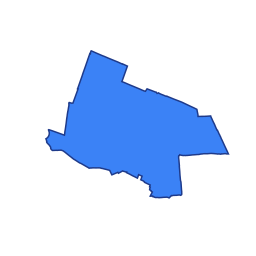 the district of Cuza Voda, Constanta, Romania, rotated 58°
{"feature_id": "2599482B95027608371455", "entity_name": "Cuza Voda", "entity_type": "district", "adm_level": 2, "iso_a3": "ROU", "parent_name": "Romania", "parent_adm1": "Constanta", "projection": "equal_earth", "projection_center": [28.324, 44.307], "detail": "fine", "context": "isolated", "style": "filled", "palette": "blue", "viewbox_px": 256, "rotation_deg": 58, "n_neighbors": 0, "source": "geoboundaries", "source_scale": "gbopen_adm2", "svg_char_len": 4502}
<svg xmlns="http://www.w3.org/2000/svg" viewBox="0 0 256 256"><g transform="rotate(58 128 128)"><path d="M203.2,56.6L200.3,56.2L194.4,55.5L191.3,55.1L188.3,54.7L188.2,54.7L187.2,54.6L186.9,54.6L185.1,54.3L184.6,54.2L183.3,54.1L182.0,53.9L181.2,53.9L180.4,53.8L179.4,53.6L178.3,53.5L177.2,53.3L176.8,53.7L176.5,53.6L174.3,53.3L172.4,53.0L170.7,52.7L169.7,52.6L168.4,52.5L166.7,52.3L164.6,52.0L162.7,51.8L161.6,51.5L159.2,56.0L155.3,62.5L154.3,61.9L154.1,61.8L152.9,61.3L150.7,60.5L148.7,59.7L148.3,59.9L147.4,60.5L146.7,60.9L146.2,61.2L143.0,63.3L136.6,67.4L136.2,67.6L135.4,68.2L134.5,68.7L134.3,68.9L131.6,70.9L127.5,74.0L124.4,76.2L122.8,77.4L121.5,78.2L121.4,78.3L121.4,78.8L121.0,79.1L118.7,80.7L117.4,81.7L116.1,82.6L115.1,83.2L114.7,83.4L114.6,83.5L114.4,83.5L114.2,84.6L114.1,85.0L113.5,85.0L112.4,85.2L112.4,85.4L108.4,88.4L104.9,91.1L106.1,93.8L105.2,94.6L103.4,95.9L100.6,97.8L94.4,102.2L94.3,102.3L92.6,103.5L90.6,104.9L87.7,106.9L85.8,108.3L85.4,108.6L85.3,108.4L80.2,102.0L75.2,95.7L71.0,98.5L70.7,98.7L70.8,98.9L66.6,101.7L61.2,105.6L58.7,107.4L54.8,110.1L53.1,111.4L47.9,115.0L43.9,117.7L43.4,118.1L43.1,118.3L43.1,118.6L44.3,120.0L44.6,120.2L45.0,120.4L45.2,120.6L45.0,120.8L44.7,121.0L45.3,121.7L46.2,122.8L46.7,123.5L47.5,124.4L47.9,125.0L48.0,125.1L48.2,125.3L48.3,125.5L48.5,125.7L48.7,125.9L48.7,126.0L49.1,126.4L50.4,128.0L50.7,128.4L52.9,131.1L54.8,133.5L57.1,136.4L58.0,137.5L58.9,138.6L59.2,138.9L67.9,149.8L68.0,150.0L68.4,149.6L69.0,150.4L74.4,157.3L77.7,161.5L77.1,162.6L76.2,163.5L75.3,164.2L75.2,164.5L75.4,164.7L75.6,165.0L76.3,165.4L77.0,165.8L77.6,166.2L79.0,167.5L81.3,169.5L81.7,169.9L82.3,170.5L84.6,172.5L85.5,173.2L87.8,175.2L91.2,177.9L95.8,181.8L97.6,183.4L99.6,185.0L100.2,185.5L100.4,185.7L99.8,186.2L97.6,187.9L95.3,189.7L90.0,193.9L87.6,195.9L87.4,196.1L87.4,196.4L87.6,196.5L88.0,196.6L88.5,196.7L89.0,196.8L89.5,197.0L90.0,197.1L90.7,197.5L91.5,198.1L92.2,198.8L92.6,199.4L93.1,200.1L93.3,200.9L93.5,201.4L93.6,202.1L93.7,203.0L93.7,203.4L94.2,203.4L95.9,203.9L96.3,203.9L96.5,204.2L96.7,204.4L97.2,204.5L97.7,204.5L99.3,204.2L100.3,204.0L100.9,203.8L101.7,203.9L102.1,203.7L103.3,203.8L104.2,204.3L104.6,204.4L105.5,204.5L107.0,204.0L108.7,201.0L108.9,200.6L109.4,200.0L110.2,198.4L111.2,196.7L111.4,196.4L112.4,195.6L112.9,195.2L113.5,194.9L114.4,194.6L115.0,194.3L115.4,194.2L119.7,192.7L125.3,190.7L126.0,190.4L126.7,190.0L128.6,189.1L131.0,188.0L132.2,187.4L132.7,187.0L132.8,186.9L133.1,186.7L135.5,185.4L138.3,183.9L138.9,183.6L140.3,182.8L140.8,182.6L141.3,182.3L141.4,182.2L141.5,182.2L141.6,181.9L142.0,181.2L142.1,180.9L142.2,180.7L142.3,180.6L142.8,179.7L143.2,178.8L143.7,178.1L143.9,177.8L144.2,177.3L144.8,176.4L146.3,173.9L146.8,173.2L147.0,172.8L147.3,172.6L147.8,172.2L148.3,171.7L149.1,170.8L150.2,169.8L151.0,169.0L151.7,168.3L152.7,167.4L153.3,166.8L153.6,166.5L153.8,166.4L154.2,166.1L154.3,166.0L155.2,166.1L156.5,166.2L157.7,166.4L159.2,166.5L159.7,163.3L160.2,160.1L161.3,160.1L161.6,155.2L162.2,154.9L163.8,153.4L164.7,152.4L165.1,152.9L168.1,151.0L170.8,149.5L173.0,148.1L175.5,146.6L175.0,145.9L173.2,143.7L176.3,141.6L177.4,143.0L178.6,144.4L178.7,144.6L179.8,143.9L180.8,143.2L181.4,142.9L182.3,142.6L182.5,142.8L182.8,142.8L185.5,141.1L188.1,139.4L189.3,140.9L190.0,140.5L191.0,141.7L191.8,142.4L193.5,141.6L193.9,141.9L195.2,141.3L197.5,145.2L197.6,145.3L198.8,143.1L199.4,143.3L199.7,143.2L200.1,142.5L200.5,142.3L200.9,142.1L201.7,141.3L202.4,140.0L203.4,138.8L204.2,137.4L205.0,135.9L205.4,135.0L206.4,133.2L207.1,131.9L208.0,130.9L208.8,130.4L209.1,130.1L208.3,127.0L208.7,126.8L208.8,126.4L208.9,126.0L209.1,125.4L209.2,125.2L209.4,124.9L209.8,124.2L210.9,122.3L211.5,120.9L212.2,119.7L212.7,119.2L213.0,119.0L213.0,118.0L212.8,117.7L212.5,117.4L210.6,116.3L210.5,116.2L208.8,115.4L202.2,111.9L201.8,111.7L201.4,111.6L200.1,111.2L198.3,110.3L195.5,108.9L192.0,107.0L187.5,104.7L187.4,104.5L185.4,103.5L182.3,101.9L180.4,101.0L178.7,100.0L178.5,99.8L178.4,99.6L178.6,99.0L178.5,98.7L178.1,98.3L179.2,97.4L180.6,95.8L181.3,94.5L181.8,93.9L182.2,93.0L182.7,92.2L183.7,90.2L184.5,88.6L184.8,87.9L186.2,85.3L187.1,83.5L187.6,82.7L188.1,81.7L188.6,80.2L189.3,78.9L189.5,78.4L189.8,77.7L190.2,77.0L190.6,76.3L191.2,75.4L191.4,75.1L191.5,74.9L192.0,74.1L193.1,71.9L193.2,71.7L193.8,70.7L194.4,69.9L195.1,68.9L196.1,67.6L196.7,66.8L197.1,66.3L197.5,65.9L197.8,65.3L198.2,64.6L199.1,63.5L199.3,63.3L199.4,62.7L199.5,62.7L201.3,59.0L202.0,58.4L202.6,57.5L203.2,56.6Z" fill="#3b82f6" stroke="#1e3a8a" stroke-width="1.5"/></g></svg>